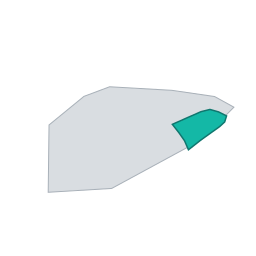 Dauphin on a map of Saint Lucia (Albers equal-area conic projection), rotated 59°
{"feature_id": "LCA-5079", "entity_name": "Dauphin", "entity_type": "Quarter", "adm_level": 1, "iso_a3": "LCA", "parent_name": "Saint Lucia", "parent_adm1": "", "projection": "albers", "projection_center": [-60.912, 14.026], "detail": "fine", "context": "in_parent", "style": "filled", "palette": "teal", "viewbox_px": 256, "rotation_deg": 59, "n_neighbors": 0, "source": "natural_earth", "source_scale": "10m", "svg_char_len": 499}
<svg xmlns="http://www.w3.org/2000/svg" viewBox="0 0 256 256"><g transform="rotate(59 128 128)"><path d="M171.4,173.1L142.0,229.5L84.7,194.1L78.2,149.5L83.2,122.5L118.3,71.0L145.6,37.6L164.7,26.5L175.9,70.9L171.4,173.1Z" fill="#d9dde1" stroke="#a8b0b8" stroke-width="1"/><path d="M168.4,37.3L172.6,42.0L174.0,48.7L175.8,71.5L177.8,87.4L168.0,86.1L158.2,86.8L147.7,88.1L149.7,71.9L150.3,67.3L151.6,57.0L154.3,48.2L160.8,42.1L168.4,37.3Z" fill="#14b8a6" stroke="#0f766e" stroke-width="1.5"/></g></svg>